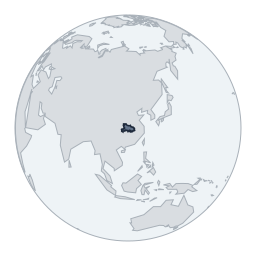 globe centered on Hubei
{"feature_id": "CHN-1807", "entity_name": "Hubei", "entity_type": "Province", "adm_level": 1, "iso_a3": "CHN", "parent_name": "China", "parent_adm1": "", "projection": "orthographic", "projection_center": [112.208, 31.166], "detail": "fine", "context": "on_globe", "style": "filled", "palette": "slate", "viewbox_px": 256, "rotation_deg": 0, "n_neighbors": 0, "source": "natural_earth", "source_scale": "10m", "svg_char_len": 13649}
<svg xmlns="http://www.w3.org/2000/svg" viewBox="0 0 256 256"><circle cx="128" cy="128" r="113" fill="#eef3f6" stroke="#a8b0b8"/><path d="M228.2,175.8L228.0,176.4L228.0,176.6L228.2,175.8ZM197.7,39.5L190.9,34.9L190.7,34.5L188.6,33.3L188.8,33.9L189.4,34.7L182.5,33.8L181.9,38.5L185.4,42.1L181.7,40.0L191.0,48.5L193.1,53.8L188.4,46.6L186.1,45.1L186.4,47.9L184.1,46.9L183.0,47.9L180.2,46.6L177.7,42.9L175.9,42.1L176.2,44.2L173.7,44.5L173.5,41.5L169.0,41.8L164.0,36.3L165.8,30.5L160.7,27.5L156.5,22.1L154.6,22.1L151.7,20.4L148.5,19.8L148.6,19.3L145.9,19.3L146.4,20.0L145.4,20.3L143.5,20.1L143.4,19.2L144.3,19.2L143.3,18.9L144.0,18.6L142.6,18.6L142.6,17.9L139.8,18.4L137.5,17.6L138.3,17.2L141.8,17.5L152.4,18.4L154.3,18.6L153.4,18.3L151.6,17.9L159.9,20.0L168.0,22.7L175.9,26.0L183.5,30.0L190.7,34.5L197.7,39.5ZM138.6,15.9L138.9,15.9L137.4,15.8L137.4,16.0L133.5,15.7L129.7,15.5L129.5,15.4L129.2,15.4L138.6,15.9ZM127.0,15.4L124.9,15.4L123.5,15.4L127.0,15.4ZM234.5,94.7L233.6,92.8L234.0,93.0L234.5,94.7ZM233.1,92.3L233.4,92.8L233.2,92.5L233.1,92.3ZM233.0,92.6L233.1,92.4L233.1,92.9L233.0,92.6ZM232.9,93.3L232.9,92.8L233.0,93.0L232.9,93.3ZM232.5,93.7L232.3,93.7L232.2,93.0L232.5,93.7ZM190.0,35.2L189.0,34.1L189.7,34.0L190.8,35.0L190.0,35.2ZM188.4,35.9L187.3,34.9L189.8,35.9L189.6,36.1L188.4,35.9ZM188.5,45.0L188.1,43.6L189.3,45.4L188.5,45.0ZM183.3,48.2L184.1,49.0L183.2,49.2L183.3,48.2ZM139.5,16.2L138.5,16.1L139.0,16.1L139.5,16.2ZM140.5,16.4L141.9,16.5L142.5,16.7L141.7,16.6L140.5,16.4ZM178.1,47.5L176.3,47.7L177.7,46.8L178.1,47.5ZM138.6,16.4L143.5,16.9L144.7,17.2L142.4,17.4L138.6,16.4ZM175.0,47.4L170.6,48.3L172.1,50.0L165.4,46.0L171.3,46.4L172.8,44.9L173.3,46.5L175.0,47.4ZM147.4,20.3L146.8,19.6L149.0,20.4L147.4,20.3ZM149.1,20.8L157.4,23.4L157.4,24.5L154.6,23.3L155.9,25.1L151.8,24.3L150.1,23.2L151.0,22.5L148.8,22.8L149.1,20.8ZM162.4,43.7L161.0,43.5L162.0,43.1L162.4,43.7ZM145.1,20.5L146.8,20.8L146.9,21.8L143.6,21.3L144.6,21.1L145.1,20.5ZM158.3,26.1L157.8,26.8L154.3,26.4L153.6,26.7L151.7,24.4L158.3,26.1ZM143.6,20.8L141.8,21.1L140.1,20.5L143.5,20.2L143.6,20.8ZM148.4,22.3L148.2,22.7L147.2,22.3L148.4,22.3ZM132.9,18.9L134.9,19.1L135.1,19.5L132.9,18.9ZM141.3,21.2L141.9,21.4L142.2,21.7L140.7,21.8L141.3,21.2ZM149.4,24.4L148.0,24.1L150.0,25.2L147.5,25.1L146.6,23.7L145.9,24.3L145.1,24.2L145.4,23.2L149.4,24.4ZM140.1,22.7L138.2,21.2L134.4,20.6L134.1,20.1L140.3,21.1L140.1,22.7ZM143.2,23.0L141.2,22.7L141.8,22.1L143.6,22.1L143.2,23.0ZM146.0,25.6L150.1,26.1L150.2,26.4L146.0,25.6ZM138.9,22.6L139.4,23.0L138.5,22.6L138.9,22.6ZM143.7,24.7L145.1,24.8L145.1,25.2L143.7,24.7ZM139.1,23.8L138.5,23.2L139.7,23.1L139.1,23.8ZM141.1,24.3L140.8,24.7L140.5,23.4L141.8,24.3L141.1,24.3ZM143.5,25.0L143.9,25.3L142.9,24.9L143.5,25.0ZM135.1,24.7L134.4,23.0L137.0,22.7L137.3,24.3L135.1,24.7ZM45.0,51.9L44.1,52.8L40.6,59.3L39.6,61.1L36.4,64.4L30.9,76.7L33.4,75.2L32.0,84.4L33.4,88.4L40.3,81.7L38.0,74.9L41.2,69.9L45.9,72.0L48.4,78.5L49.8,76.8L51.2,69.8L54.9,68.7L52.1,67.2L50.9,69.8L49.1,69.0L50.1,66.7L51.3,66.4L51.4,63.9L45.4,66.9L43.6,69.7L42.0,66.0L38.9,70.6L37.3,71.0L42.1,63.5L44.0,61.8L50.4,52.6L48.2,53.9L42.1,62.9L42.6,61.4L39.7,63.8L42.4,60.7L49.6,51.0L50.3,48.2L45.7,51.2L46.6,50.2L55.2,42.1L57.9,39.9L53.8,44.2L56.2,42.6L61.6,38.3L59.9,40.1L61.6,39.0L60.5,40.7L63.5,40.4L63.1,42.1L68.6,39.6L69.1,40.2L65.7,41.4L63.1,43.3L62.5,48.1L63.7,48.3L67.3,46.4L66.7,48.2L70.3,45.8L72.1,48.0L72.9,43.5L77.2,41.7L80.7,41.9L82.2,40.6L76.6,40.3L74.2,40.9L71.9,42.7L65.6,44.4L64.8,43.4L72.0,38.9L71.7,37.1L77.4,34.8L89.2,36.5L91.9,38.7L87.1,46.2L84.0,46.6L84.1,43.9L80.0,48.0L82.3,46.9L81.8,48.5L85.7,47.5L85.6,48.7L89.6,46.0L89.9,47.3L87.3,48.9L93.4,49.1L95.0,51.7L96.5,51.2L97.6,50.0L99.0,54.3L100.0,53.8L99.9,52.1L101.9,50.1L105.9,48.4L106.2,50.0L104.7,50.8L102.2,55.2L98.4,57.4L98.9,57.9L102.3,56.4L105.4,51.0L107.7,49.6L106.7,52.0L107.3,51.0L108.5,50.8L110.0,52.2L111.3,49.5L124.7,46.1L128.9,48.8L126.5,51.1L136.1,51.5L140.1,55.1L140.0,53.5L144.6,53.0L143.4,51.8L143.7,51.0L154.9,50.0L157.7,51.3L162.5,49.6L162.4,48.9L160.6,47.8L165.4,46.0L172.1,50.0L171.8,51.4L176.2,53.2L175.0,56.4L176.0,60.1L172.1,62.9L173.3,65.8L174.9,66.3L177.6,70.8L177.7,79.2L170.7,70.5L169.1,58.9L169.1,63.3L167.0,61.8L165.8,63.2L166.0,66.5L167.3,67.2L157.0,71.3L153.3,80.3L158.6,80.0L161.6,83.0L162.1,94.5L150.9,109.6L154.8,114.9L154.8,118.3L150.9,120.2L150.8,115.2L147.2,113.3L147.7,110.4L141.5,112.3L141.9,108.3L136.9,112.0L138.4,115.4L143.8,114.9L139.2,120.3L144.1,126.3L144.3,133.1L134.7,144.3L125.4,147.1L124.7,149.1L121.3,146.4L116.3,150.0L122.5,162.3L122.2,165.5L114.3,170.8L114.2,168.4L105.0,161.1L103.0,168.6L110.0,176.0L112.4,183.5L106.9,180.5L104.5,173.8L101.3,171.0L102.3,164.5L100.0,153.8L94.5,154.6L95.1,150.6L91.1,141.0L83.3,141.7L70.8,149.2L68.7,159.1L64.5,162.1L60.3,145.2L61.2,134.7L57.9,134.3L55.0,123.3L45.1,116.4L45.2,113.2L43.0,113.1L41.2,108.2L41.9,103.2L40.1,101.8L38.5,115.1L40.6,116.6L44.5,114.5L43.5,118.6L45.4,124.3L37.8,129.8L25.6,127.6L26.9,119.7L30.9,93.7L32.2,92.0L32.4,91.7L32.6,91.2L30.3,93.8L31.9,89.0L27.0,105.6L25.0,111.8L25.4,127.8L24.7,128.4L25.6,132.4L31.6,135.5L31.0,137.8L26.6,146.0L20.6,152.8L22.9,164.0L25.0,171.9L24.6,172.6L21.6,165.1L19.2,157.3L17.4,149.5L16.2,141.5L15.5,133.4L15.4,125.3L15.9,117.2L16.9,109.2L18.6,101.3L20.8,93.5L23.5,85.9L26.8,78.5L30.6,71.4L34.9,64.5L39.7,58.0L45.0,51.9ZM48.5,90.2L51.7,94.1L54.8,87.4L56.3,88.5L56.8,86.0L55.0,86.9L56.9,80.4L59.9,80.6L61.9,78.1L60.9,76.7L55.0,77.5L52.2,86.7L49.6,88.0L48.5,90.2ZM72.1,32.4L70.3,33.7L68.5,34.3L69.1,33.0L71.6,32.0L72.1,32.4ZM68.0,35.5L75.0,31.9L75.0,32.8L73.8,32.8L73.1,33.8L71.0,34.2L64.1,38.9L62.1,39.9L64.3,36.5L64.7,36.9L66.5,35.5L68.0,35.5ZM93.0,23.6L96.0,22.7L91.9,25.7L89.6,26.2L90.0,24.7L93.0,23.3L93.0,23.6ZM133.6,16.8L135.0,16.8L135.0,17.0L133.9,17.1L133.6,16.8ZM133.8,18.9L127.4,17.2L128.7,17.0L123.4,16.6L124.8,16.1L128.2,16.3L125.3,15.8L128.9,15.8L126.5,15.5L133.9,16.1L137.0,16.4L133.0,16.3L131.7,16.7L132.0,16.9L135.4,17.9L141.5,18.9L141.1,19.8L139.2,20.1L137.7,20.0L138.4,19.4L135.9,19.7L135.8,18.8L133.8,18.9ZM117.6,27.4L119.0,26.1L113.9,27.7L113.8,26.3L113.2,26.6L111.6,25.9L108.8,25.5L109.2,24.9L107.9,25.1L106.9,24.7L105.2,24.7L105.4,23.7L103.4,23.7L104.7,23.2L101.2,23.7L103.9,22.9L102.8,22.5L100.7,23.5L106.0,18.9L106.2,18.1L104.8,18.0L109.7,17.1L114.1,16.8L117.6,17.2L116.7,18.3L119.1,17.9L119.4,18.3L117.4,18.5L120.7,18.6L120.4,19.0L123.5,20.3L128.3,20.4L129.6,21.0L127.6,21.2L130.2,21.7L127.2,22.5L128.1,23.0L126.0,24.5L121.5,24.9L122.8,25.4L121.3,26.8L117.6,27.4ZM134.4,25.1L129.2,25.4L126.5,25.0L131.3,22.6L131.0,22.0L133.9,20.8L137.7,21.6L136.5,21.9L136.3,22.3L135.2,21.9L135.8,22.6L134.2,23.0L134.3,23.7L132.5,23.6L134.4,25.1ZM40.6,60.8L40.2,61.9L40.1,63.0L38.3,64.7L40.6,60.8ZM45.5,54.1L45.4,54.6L42.8,57.3L43.2,56.4L45.5,54.1ZM47.7,52.8L45.6,54.5L47.0,53.0L47.7,52.8ZM65.9,41.9L66.1,42.4L65.3,43.0L64.1,43.3L65.9,41.9ZM102.4,33.0L103.7,32.1L104.3,32.2L108.2,31.1L108.6,32.2L106.4,33.3L102.4,33.0ZM38.6,81.9L36.9,82.3L37.3,80.9L37.8,81.0L38.6,81.9ZM36.6,73.0L36.0,76.0L36.1,73.4L36.6,73.0ZM103.5,34.0L105.1,33.3L104.3,34.3L103.5,34.0ZM109.1,32.9L108.6,34.0L109.1,32.2L109.1,32.9ZM77.0,228.4L79.3,229.6L78.0,228.9L77.0,228.4ZM32.3,180.0L35.4,190.9L33.2,188.4L30.6,183.6L27.9,176.1L29.6,176.6L29.8,174.0L32.3,180.0ZM141.1,201.1L144.5,201.5L144.4,201.9L141.1,201.1ZM137.5,199.6L141.4,199.8L136.8,200.5L137.5,199.6ZM142.9,199.8L147.0,199.0L148.7,198.3L148.4,199.2L142.9,199.8ZM134.8,199.6L120.4,198.6L114.7,197.0L116.0,195.6L125.2,196.8L134.8,199.6ZM115.5,195.5L106.9,189.9L95.4,174.3L99.5,175.3L111.6,185.5L110.8,186.8L116.0,191.0L115.5,195.5ZM136.5,188.6L135.7,192.8L127.7,192.0L124.1,191.1L121.6,185.5L123.0,182.8L126.0,183.1L137.6,174.0L141.6,176.5L138.0,180.5L141.3,184.4L136.5,188.6ZM69.1,160.2L71.1,167.0L68.9,167.2L69.1,160.2ZM142.4,167.2L137.6,171.4L142.0,165.7L142.4,167.2ZM145.1,161.6L145.3,163.9L143.5,161.7L145.1,161.6ZM124.5,152.3L121.4,152.6L121.4,150.9L125.4,149.6L124.5,152.3ZM144.4,138.8L144.2,143.8L143.5,145.4L142.2,142.4L144.4,138.8ZM109.4,44.4L103.4,44.5L99.5,45.8L97.7,48.2L97.7,45.1L103.8,43.1L109.4,44.4ZM122.8,45.6L124.3,43.9L125.4,44.8L125.2,45.3L122.8,45.6ZM122.5,44.5L121.2,42.1L123.2,41.3L123.8,43.3L122.5,44.5ZM112.1,37.5L110.3,37.4L111.0,36.6L112.1,37.5ZM173.5,229.5L173.9,228.1L178.2,226.7L175.9,228.5L173.5,229.5ZM207.4,207.9L209.1,206.0L208.1,207.2L207.4,207.9ZM159.5,225.3L137.3,230.8L132.6,230.3L134.0,228.6L130.0,222.8L131.6,222.9L130.8,218.7L143.9,214.7L153.4,206.6L160.6,206.6L166.1,200.3L173.3,199.8L171.0,204.7L178.4,206.3L183.9,195.3L187.8,204.9L192.9,206.9L193.7,212.0L182.8,223.2L177.1,226.2L176.2,225.9L173.7,227.2L170.2,227.7L168.8,225.7L166.3,226.9L168.9,224.5L165.3,226.9L163.6,225.5L159.5,225.3ZM211.1,195.0L212.1,194.7L213.4,195.4L211.9,196.0L211.1,195.0ZM225.8,179.9L226.0,180.2L225.1,181.3L225.8,179.9ZM228.0,176.6L226.9,178.0L228.2,175.8L228.0,176.6ZM216.8,186.5L217.2,186.9L216.8,187.3L216.8,186.5ZM216.4,186.6L217.0,185.2L216.9,186.3L216.4,186.6ZM212.1,183.3L212.7,182.4L213.0,182.8L212.1,183.3ZM149.6,201.4L154.5,198.1L157.1,197.7L149.6,201.4ZM211.3,182.5L209.8,183.0L210.0,182.4L211.3,182.5ZM211.4,181.0L211.3,180.3L212.2,181.8L211.4,181.0ZM208.6,180.3L210.4,181.1L208.4,180.6L208.6,180.3ZM207.4,181.0L206.1,180.8L206.2,180.5L207.4,181.0ZM191.8,186.8L196.9,190.6L192.7,191.6L188.0,189.5L184.3,193.2L175.8,194.2L177.8,192.0L176.7,189.3L167.9,189.3L166.1,187.5L169.2,185.9L163.4,184.9L169.8,183.4L172.4,187.1L176.0,183.6L182.2,183.4L188.2,183.6L192.9,185.4L191.8,186.8ZM169.8,192.1L170.9,192.0L169.9,193.2L169.8,192.1ZM203.5,179.6L205.5,180.8L205.2,181.3L204.3,181.4L203.5,179.6ZM194.1,184.5L199.2,180.0L200.4,179.7L197.0,184.2L194.1,184.5ZM198.0,178.2L200.3,178.0L201.6,179.5L201.1,180.1L198.0,178.2ZM156.7,189.5L156.5,190.6L154.8,189.9L156.7,189.5ZM158.9,188.8L163.9,189.6L158.4,189.7L158.9,188.8ZM143.6,185.3L145.1,188.0L149.7,186.2L146.2,188.7L149.4,192.9L148.3,194.5L145.1,190.0L144.0,194.7L142.0,194.6L140.9,190.6L142.9,185.5L145.0,183.4L153.4,182.4L143.6,185.3ZM158.8,185.6L157.5,182.5L158.5,180.4L159.9,182.0L158.8,185.6ZM153.6,175.1L150.1,171.5L146.9,172.9L153.4,167.6L155.7,172.0L153.6,175.1ZM150.6,167.0L147.6,168.3L150.7,165.2L150.6,167.0ZM146.8,167.0L146.5,164.4L148.9,164.7L146.8,167.0ZM152.2,167.0L152.8,162.5L154.0,165.1L152.2,167.0ZM145.6,158.4L150.6,162.8L144.0,160.9L143.8,152.1L146.6,151.9L145.6,158.4ZM161.7,121.8L161.0,119.2L163.6,118.5L163.3,120.5L161.7,121.8ZM171.3,114.6L164.0,117.5L158.1,120.1L159.9,121.2L158.6,125.7L155.8,121.6L160.0,116.6L164.5,115.5L165.2,111.8L168.5,109.1L167.7,104.5L169.2,102.5L171.2,106.4L171.3,114.6ZM167.2,102.6L167.2,94.6L172.0,95.5L173.1,97.4L171.1,100.7L168.7,100.0L167.2,102.6ZM168.5,93.0L166.2,92.4L161.1,81.0L161.3,78.9L167.7,87.6L165.8,87.5L166.2,90.3L168.5,93.0ZM161.5,44.3L161.1,43.6L162.2,44.2L161.5,44.3ZM143.0,50.4L143.6,49.5L144.9,50.1L143.0,50.4ZM146.1,47.3L144.1,47.2L146.1,46.6L146.1,47.3ZM139.7,47.3L143.2,46.9L140.0,48.3L139.7,47.3Z" fill="#d9dde1" stroke="#a8b0b8" stroke-width="1"/><path d="M124.3,128.6L124.5,128.6L124.5,128.3L124.5,128.1L124.6,127.9L124.5,127.7L124.2,127.3L123.9,127.2L123.7,126.9L123.7,126.7L123.7,126.4L123.8,126.2L123.7,126.1L123.7,125.9L123.5,125.7L123.6,125.2L123.8,125.1L124.0,125.1L124.4,125.2L124.5,125.1L124.6,124.9L124.5,124.7L124.3,124.6L124.2,124.5L123.9,124.5L124.0,124.4L124.0,124.2L123.8,124.1L123.7,124.1L123.6,123.9L123.8,123.8L124.0,123.9L124.3,123.9L124.6,123.9L124.6,124.0L124.8,124.1L125.1,124.0L125.2,123.9L125.3,123.9L125.3,124.0L125.5,124.1L125.8,124.0L125.9,123.9L126.0,123.9L126.0,124.0L126.3,124.3L126.4,124.5L126.6,124.7L126.7,124.9L126.8,125.0L127.0,125.1L127.3,125.3L127.6,125.4L127.7,125.5L127.8,125.5L128.0,125.6L128.4,125.7L128.5,125.6L128.9,125.7L129.1,125.6L129.3,125.6L129.5,125.6L129.8,125.7L130.0,125.8L130.3,125.7L130.5,125.5L130.6,125.8L130.6,126.0L130.6,126.4L130.7,126.5L130.8,126.6L130.9,126.8L131.0,126.8L131.2,126.6L131.4,126.7L131.5,126.8L131.8,126.8L131.9,127.0L132.0,127.2L132.2,127.3L132.3,127.3L132.5,127.3L132.8,127.3L132.9,127.1L133.0,127.1L133.0,127.3L133.2,127.5L133.3,127.5L133.3,127.4L133.3,127.6L133.5,127.7L133.6,127.8L133.8,127.8L134.0,128.0L134.3,128.1L134.4,128.3L134.2,128.4L134.2,128.5L134.0,128.8L134.1,129.0L134.3,129.2L134.3,129.3L134.2,129.4L134.2,129.5L134.3,129.6L134.5,129.7L134.6,130.1L134.7,130.3L134.7,130.5L134.3,130.7L134.2,130.7L133.7,130.5L133.5,130.8L133.4,130.9L133.2,131.0L133.2,130.9L132.9,130.9L133.0,131.0L132.9,131.2L132.7,131.1L132.5,131.3L132.4,131.5L132.3,131.4L132.2,131.5L131.9,131.6L131.7,131.6L131.5,131.8L131.3,131.8L131.2,131.8L130.9,132.1L130.7,132.0L130.5,131.9L130.4,131.8L130.4,131.7L130.5,131.5L130.6,131.4L130.5,131.2L130.5,130.9L130.4,130.9L130.4,130.6L130.2,130.6L129.7,131.2L129.6,131.3L129.4,131.4L129.4,131.2L129.3,131.3L129.2,131.3L129.2,131.1L129.4,130.9L129.4,130.7L129.2,130.9L129.2,130.7L129.0,130.8L128.9,130.9L128.8,131.0L128.6,131.0L128.4,131.0L128.1,131.2L128.0,130.9L127.9,131.0L127.9,130.9L127.5,130.6L127.4,130.5L127.2,130.4L127.1,130.5L126.9,130.5L126.8,130.4L126.6,130.4L126.4,130.2L126.0,130.2L125.8,130.2L125.6,130.1L125.4,130.2L125.2,130.2L125.1,130.3L125.0,130.5L125.2,130.8L124.9,130.9L124.8,131.0L124.7,130.9L124.5,130.7L124.4,130.7L123.9,130.8L123.7,130.9L123.7,131.0L123.4,131.0L123.2,131.2L123.2,131.3L123.1,131.5L122.9,131.7L122.9,131.8L122.9,132.0L122.6,131.8L122.5,131.6L122.4,131.5L122.4,131.4L122.3,131.2L122.3,130.9L122.1,130.8L122.0,130.7L121.9,130.5L121.7,130.7L121.7,130.4L121.8,130.2L121.7,129.9L121.8,129.7L121.6,129.5L121.5,129.4L121.6,129.2L121.9,129.2L122.0,129.1L122.4,129.1L122.5,129.0L122.8,129.1L123.0,129.0L123.3,129.0L123.4,128.9L123.5,129.0L123.6,128.9L123.7,128.7L123.8,128.6L124.1,128.5L124.3,128.6Z" fill="#64748b" stroke="#1e293b" stroke-width="1.5"/></svg>